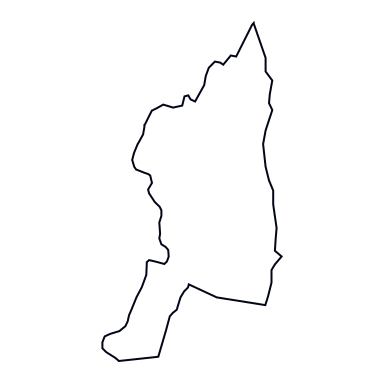 Monzie, Choiseul, Saint Lucia
{"feature_id": "8701671B92535137088393", "entity_name": "Monzie", "entity_type": "district", "adm_level": 2, "iso_a3": "LCA", "parent_name": "Saint Lucia", "parent_adm1": "Choiseul", "projection": "equal_earth", "projection_center": [-61.024, 13.807], "detail": "fine", "context": "isolated", "style": "outline", "palette": "ink", "viewbox_px": 384, "rotation_deg": 0, "n_neighbors": 0, "source": "geoboundaries", "source_scale": "gbopen_adm2", "svg_char_len": 1902}
<svg xmlns="http://www.w3.org/2000/svg" viewBox="0 0 384 384"><path d="M144.4,124.2L144.4,127.0L144.2,128.0L143.1,134.4L139.1,141.7L137.6,144.2L136.5,146.9L134.0,153.0L132.2,160.0L133.4,163.9L134.2,166.7L136.1,169.5L140.2,171.1L144.2,172.7L145.4,173.1L148.3,174.1L150.2,175.5L151.5,181.0L152.0,182.9L148.1,189.5L149.1,193.4L154.6,201.8L157.1,204.3L159.6,206.7L160.2,207.9L161.4,210.3L161.4,215.9L159.3,222.5L160.1,233.8L159.3,238.4L161.4,244.3L165.1,246.6L165.8,247.1L168.2,250.0L168.4,252.5L168.7,256.6L167.9,258.8L166.9,261.5L164.3,264.0L163.3,263.7L157.8,262.2L152.3,260.8L149.8,260.3L149.1,260.1L148.8,260.4L146.8,262.2L146.7,265.6L146.5,270.0L146.3,274.9L141.8,287.2L137.8,294.8L136.6,297.0L131.6,309.3L130.1,312.8L129.0,315.3L128.9,315.9L127.7,321.3L125.4,326.2L123.3,327.9L119.4,331.1L112.1,333.3L110.2,333.9L108.4,334.7L104.7,336.4L103.9,338.4L102.4,342.3L102.4,348.3L106.3,352.2L115.2,357.8L118.2,360.4L118.8,361.0L157.1,356.9L157.5,356.8L158.3,356.7L166.1,330.0L169.8,316.3L171.5,314.4L172.9,312.8L176.4,310.0L176.8,309.7L177.7,306.5L180.5,297.4L181.8,295.2L184.1,291.4L186.0,289.5L188.0,287.5L188.8,284.4L216.8,297.4L265.3,305.1L267.2,299.1L268.1,296.2L269.8,289.4L271.5,282.6L271.5,270.1L273.0,267.5L274.9,264.4L278.8,259.8L281.6,256.5L279.2,254.4L274.9,250.8L275.7,238.3L276.6,228.1L273.6,207.3L273.2,204.2L273.2,190.6L269.0,180.4L265.6,166.8L263.1,144.1L265.6,130.5L268.9,120.4L272.3,110.1L271.5,108.3L269.0,103.2L269.8,94.2L271.6,84.2L272.3,80.5L265.6,71.5L265.6,57.9L253.8,23.8L253.7,23.0L252.1,24.8L236.2,56.5L230.8,55.5L225.1,62.4L223.2,64.7L221.5,63.5L220.2,62.6L214.9,61.6L212.4,64.1L208.8,67.8L208.2,69.4L205.8,75.9L205.2,79.3L204.2,85.1L195.1,101.5L190.6,99.4L189.7,97.9L188.3,95.4L184.5,96.4L183.4,100.9L182.2,105.6L174.3,107.3L173.1,107.6L169.3,106.4L163.2,104.6L157.9,107.6L157.2,108.0L151.8,110.7L144.6,125.1L144.4,124.2Z" fill="none" stroke="#020617" stroke-width="2"/></svg>